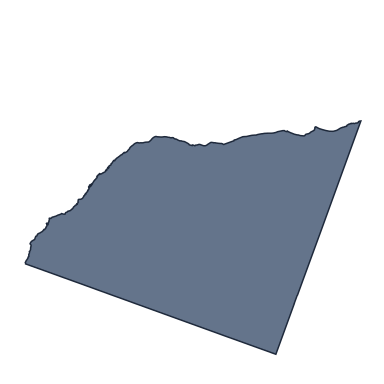 Franklin Harbour, South Australia, Australia (Mercator projection), rotated 200°
{"feature_id": "25037944B7803908509786", "entity_name": "Franklin Harbour", "entity_type": "district", "adm_level": 2, "iso_a3": "AUS", "parent_name": "Australia", "parent_adm1": "South Australia", "projection": "mercator", "projection_center": [137.156, -33.602], "detail": "fine", "context": "isolated", "style": "filled", "palette": "slate", "viewbox_px": 384, "rotation_deg": 200, "n_neighbors": 0, "source": "geoboundaries", "source_scale": "gbopen_adm2", "svg_char_len": 5791}
<svg xmlns="http://www.w3.org/2000/svg" viewBox="0 0 384 384"><g transform="rotate(200 192 192)"><path d="M57.6,316.5L58.8,315.9L59.3,315.4L59.6,315.0L59.5,314.4L59.6,314.0L60.4,313.3L61.5,312.9L62.9,311.8L63.8,311.8L64.3,311.4L65.6,311.1L65.8,311.0L65.9,310.6L66.5,310.5L67.2,309.7L67.7,309.5L68.1,309.1L68.7,308.2L69.1,307.8L69.3,307.1L69.2,306.8L69.2,306.6L70.7,305.7L71.6,304.8L72.2,304.6L72.4,304.4L72.6,304.3L72.8,304.0L73.6,303.5L74.5,302.6L76.7,299.8L77.5,299.1L80.1,297.3L83.7,296.1L87.5,295.5L91.4,295.2L94.0,295.1L95.9,295.3L97.6,295.6L98.1,295.5L98.4,295.3L98.6,294.6L98.3,294.1L98.3,292.3L98.2,292.2L98.6,291.4L101.0,288.8L101.6,287.5L102.4,286.7L104.6,285.3L105.0,284.8L105.3,283.6L105.8,283.1L106.3,282.9L109.8,282.0L111.4,282.0L112.9,281.6L115.7,281.3L118.0,281.4L119.7,281.4L122.1,281.6L123.4,281.9L123.5,281.7L123.5,281.4L123.5,281.2L124.2,281.0L125.4,281.0L126.2,281.3L127.7,280.7L132.1,278.0L133.5,276.7L135.8,275.2L137.5,274.4L140.8,273.2L144.1,271.8L145.8,270.8L146.7,270.4L148.9,269.1L150.2,268.3L151.2,267.4L152.8,266.8L155.2,265.7L157.0,264.6L159.8,262.8L162.2,261.8L163.2,261.3L166.2,258.6L167.3,257.5L168.4,256.4L170.1,255.3L170.2,255.0L170.1,254.5L177.8,248.1L178.3,247.5L178.9,247.5L179.6,247.7L180.6,247.7L181.2,247.6L181.9,247.3L184.6,246.6L185.8,246.4L186.4,246.2L187.2,246.2L188.5,245.6L189.0,245.7L191.0,245.2L191.5,244.8L192.9,242.9L193.3,242.5L193.6,241.9L194.5,240.7L195.5,239.9L197.2,239.4L200.1,239.4L200.8,239.4L201.8,239.1L203.0,238.1L203.7,237.7L204.6,237.3L204.8,237.0L205.0,236.5L205.4,236.4L206.3,236.5L207.6,236.4L207.8,236.3L207.9,236.1L207.7,235.8L207.7,235.7L210.6,235.4L210.9,235.5L211.2,235.9L212.6,236.3L216.3,236.8L219.0,236.3L219.3,236.4L219.9,236.3L220.6,236.0L221.2,235.9L223.0,236.0L224.6,236.3L225.4,236.3L225.8,236.0L226.5,236.1L227.3,236.2L227.8,236.5L228.2,236.6L229.0,236.4L229.9,236.0L230.2,235.7L230.5,235.7L231.4,235.6L232.2,235.6L233.3,235.2L234.3,235.2L236.0,234.8L236.9,234.5L239.0,233.4L240.1,233.0L243.6,232.0L244.8,231.9L245.6,231.4L246.4,230.6L247.2,229.5L247.8,228.3L248.1,227.2L249.0,225.4L249.4,224.7L249.9,224.1L252.5,223.0L253.9,222.2L254.8,221.5L255.8,221.1L257.3,220.6L258.4,220.0L260.2,219.8L261.2,219.1L262.1,218.2L262.7,217.4L263.8,215.3L264.2,214.9L265.3,212.9L265.6,211.8L265.5,211.2L266.5,209.0L266.5,208.5L266.8,207.8L268.0,206.4L268.8,205.7L269.0,205.8L268.8,206.0L269.1,206.1L269.4,205.8L269.9,204.7L270.4,203.9L270.6,203.1L271.1,202.8L271.8,202.0L272.4,200.7L273.0,200.0L273.3,199.4L274.3,198.1L274.7,197.0L275.2,196.5L275.3,196.2L275.2,195.6L275.3,195.0L275.6,194.8L276.2,194.9L276.4,194.8L277.2,191.4L277.6,191.0L277.7,190.7L277.4,190.0L277.4,189.8L277.7,189.5L277.9,189.0L278.4,188.8L279.0,187.6L279.0,187.4L278.8,187.3L278.8,186.9L278.7,186.7L279.3,186.6L279.6,186.1L279.5,185.9L278.6,186.2L278.8,185.4L279.1,185.3L279.4,184.8L279.9,184.3L280.0,183.8L280.5,182.8L280.5,182.4L280.2,182.7L279.9,183.3L279.7,183.2L280.2,182.4L280.7,181.0L281.7,180.1L281.9,179.7L282.5,179.3L283.0,178.4L284.3,177.4L284.8,177.2L284.9,177.3L284.9,177.7L285.1,177.7L285.5,176.9L285.1,176.9L285.1,176.7L285.4,176.6L285.7,176.2L286.3,175.3L286.5,174.8L286.3,174.5L286.6,174.3L286.7,174.0L286.2,173.4L286.2,173.2L286.2,172.8L286.6,172.3L287.0,170.7L287.5,170.1L287.6,169.6L287.6,169.3L287.9,168.9L288.0,168.4L288.3,166.7L288.6,166.0L289.1,165.3L289.1,164.8L288.9,164.4L288.9,164.1L289.2,163.5L289.2,163.2L288.9,163.5L289.0,163.1L289.5,162.2L289.6,162.5L289.4,163.1L289.4,163.7L289.8,163.6L290.2,164.0L290.6,163.4L290.5,162.8L290.5,162.7L290.9,161.5L290.8,161.3L290.6,161.4L290.3,160.5L289.8,159.8L290.1,159.2L290.3,158.5L290.5,158.1L290.5,157.7L290.2,158.1L290.2,157.7L290.4,156.7L291.2,154.6L291.1,153.9L291.5,153.9L291.5,153.6L291.7,153.4L291.7,153.0L291.8,152.8L291.7,152.5L291.7,152.3L291.9,151.8L292.3,151.4L292.3,151.1L292.2,150.7L292.4,150.0L292.5,149.3L292.8,148.5L293.6,147.5L294.3,147.0L295.8,146.4L296.2,146.0L296.2,145.8L296.0,144.9L296.0,144.3L295.7,144.0L295.4,143.5L295.7,142.4L296.0,141.8L296.3,141.5L296.3,141.2L296.1,141.2L295.9,141.3L295.7,141.1L296.0,140.9L296.3,140.2L296.8,139.9L297.2,139.4L297.3,138.9L297.6,138.2L297.8,138.0L298.0,137.7L298.2,137.2L298.4,135.7L298.6,135.2L299.1,134.8L299.2,134.4L299.5,134.0L299.8,133.1L301.2,132.0L301.3,131.8L301.9,131.7L302.6,130.3L303.3,129.8L303.7,129.3L303.7,129.0L303.7,128.6L303.9,128.1L303.8,127.9L303.8,127.7L304.9,127.3L307.3,127.1L307.5,126.6L308.0,126.0L308.5,125.7L308.7,125.4L309.9,124.6L311.7,122.7L313.0,121.8L313.5,121.3L314.7,120.6L314.7,120.4L314.9,120.2L315.0,119.9L315.2,119.5L315.6,118.9L316.2,118.7L316.3,118.9L316.5,118.9L317.1,118.5L317.1,118.2L316.8,117.7L316.5,117.0L316.6,116.2L316.3,115.6L316.5,114.5L316.3,113.9L316.4,113.4L316.8,112.8L317.0,113.0L317.2,112.7L317.3,112.4L317.3,112.9L317.4,113.1L317.7,113.1L318.0,112.7L317.6,112.4L317.4,111.9L317.0,111.9L316.9,111.7L316.7,112.1L316.7,112.5L316.3,112.6L316.1,112.1L316.2,111.9L316.6,111.7L316.9,110.6L316.8,110.0L317.2,109.0L317.0,108.8L317.1,108.3L317.1,107.5L317.6,106.9L317.7,106.5L317.7,106.2L318.0,106.0L318.3,106.1L318.5,105.7L318.5,105.4L319.0,104.0L319.5,103.2L320.0,102.7L320.9,101.5L322.0,100.5L322.5,99.9L322.8,98.7L322.7,98.0L322.9,97.5L323.6,97.0L323.7,96.5L323.6,96.0L323.7,95.3L323.6,93.9L323.9,93.2L324.7,92.4L325.0,91.9L326.0,90.7L326.4,89.0L326.5,88.1L326.3,87.8L325.7,87.4L325.2,87.2L324.9,86.7L324.8,86.2L324.8,85.7L324.6,85.4L324.6,84.4L324.1,83.1L324.0,82.2L324.0,81.6L324.1,81.2L324.5,80.5L324.1,79.9L323.9,79.1L324.0,77.4L323.3,75.7L323.4,75.2L323.8,74.7L323.6,74.1L323.6,73.4L323.8,72.7L323.9,72.0L324.3,71.1L324.4,69.6L324.6,68.8L324.1,68.3L323.8,67.5L270.4,67.7L205.8,67.8L110.2,68.0L57.7,68.2L57.7,121.9L57.8,121.9L57.8,122.1L57.8,130.6L57.6,131.1L57.6,135.5L57.6,149.2L57.5,198.2L57.6,316.5Z" fill="#64748b" stroke="#1e293b" stroke-width="1.5"/></g></svg>